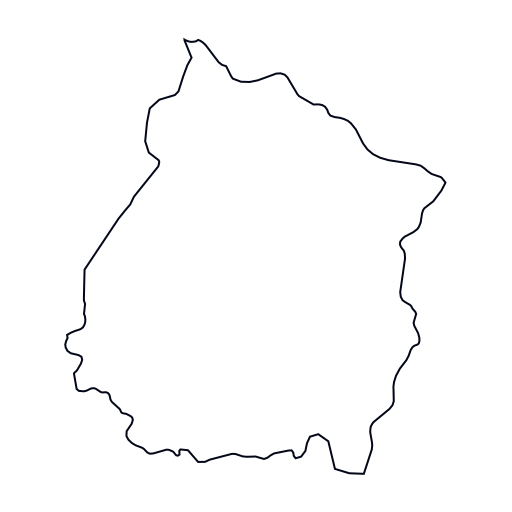 the border of Maule, rotated 95°
{"feature_id": "CHL-2705", "entity_name": "Maule", "entity_type": "Region", "adm_level": 1, "iso_a3": "CHL", "parent_name": "Chile", "parent_adm1": "", "projection": "mercator", "projection_center": [-71.352, -35.623], "detail": "fine", "context": "isolated", "style": "outline", "palette": "ink", "viewbox_px": 512, "rotation_deg": 95, "n_neighbors": 0, "source": "natural_earth", "source_scale": "10m", "svg_char_len": 2929}
<svg xmlns="http://www.w3.org/2000/svg" viewBox="0 0 512 512"><g transform="rotate(95 256 256)"><path d="M463.6,129.6L464.3,144.2L461.2,158.8L434.3,167.8L428.1,178.4L431.3,186.5L438.1,188.9L445.9,189.8L452.0,193.6L454.0,198.9L451.9,200.9L448.5,201.8L446.5,203.6L447.0,206.8L451.1,220.8L453.5,224.3L456.0,227.1L457.5,230.3L455.8,239.0L456.8,247.5L456.8,251.7L455.0,259.4L455.2,262.7L462.9,284.3L465.5,288.8L466.2,295.7L455.4,306.9L455.3,314.4L456.7,315.4L460.5,314.9L461.7,316.4L461.5,318.1L460.3,319.4L458.9,320.6L458.0,321.8L456.7,325.8L456.7,328.2L461.7,341.3L462.2,344.6L461.1,347.3L458.1,350.7L457.0,352.6L455.0,359.6L453.6,362.4L452.8,363.8L450.0,367.2L446.6,369.4L441.8,369.6L433.9,365.2L429.9,364.4L427.7,365.3L426.5,366.8L424.8,370.9L424.5,372.1L424.3,374.8L423.8,376.2L423.0,376.9L421.1,377.9L420.3,378.5L413.9,386.9L411.6,388.5L408.4,389.4L406.8,390.2L405.5,391.4L404.8,393.4L405.0,395.2L405.3,396.9L405.1,398.7L402.2,404.1L401.8,406.0L402.3,408.7L405.0,413.2L405.8,415.7L405.8,420.7L404.1,423.1L388.9,427.1L387.7,426.4L386.7,425.3L385.2,424.2L378.4,421.0L374.6,420.1L371.6,421.1L370.2,424.1L369.0,432.1L367.0,435.5L363.8,437.6L360.8,438.3L357.6,437.8L354.1,436.6L351.0,437.3L350.8,436.9L348.6,433.8L346.3,429.5L345.1,426.4L343.9,424.1L342.2,422.2L340.0,421.1L337.1,420.4L333.8,420.5L330.9,421.2L328.7,422.3L318.6,422.1L315.5,423.5L312.7,423.8L284.5,425.6L230.6,396.1L221.2,389.8L215.7,385.8L207.6,382.8L175.3,361.2L172.4,360.7L171.1,360.6L170.2,360.7L169.0,361.4L162.3,371.8L151.3,376.4L132.5,376.2L118.2,374.7L108.7,365.9L102.7,350.8L98.8,347.6L83.5,344.2L71.9,341.0L64.0,337.5L47.4,346.0L46.7,346.1L47.1,345.4L48.3,340.9L48.3,338.9L47.9,336.5L47.3,334.4L45.8,332.5L46.5,330.2L47.7,327.9L50.0,324.8L66.2,310.1L68.6,306.4L69.5,302.3L79.0,296.5L81.3,294.6L83.7,286.2L83.2,277.5L80.8,269.4L72.5,251.7L71.9,247.3L72.9,243.1L75.4,240.2L91.4,228.7L93.0,227.0L97.2,218.0L100.1,211.8L99.7,208.9L99.5,206.0L99.9,203.1L101.3,200.2L104.1,197.8L107.2,196.4L109.7,194.1L110.8,189.4L111.0,184.5L111.9,180.2L113.3,176.3L115.6,172.9L121.4,167.4L134.5,159.2L140.2,154.2L144.4,148.2L147.3,140.9L149.0,132.3L150.8,104.6L151.7,99.8L154.0,95.9L156.7,92.2L159.0,88.1L161.3,78.7L162.3,77.4L166.3,73.7L166.6,73.7L174.8,77.1L186.1,84.2L193.8,92.5L196.0,93.6L199.1,94.3L208.4,94.9L212.9,96.3L215.2,97.7L218.5,101.3L223.9,109.7L226.0,111.6L229.2,113.6L231.9,113.6L234.2,112.5L236.0,111.0L237.6,109.3L240.7,108.0L245.6,107.3L279.5,109.2L284.0,108.2L287.2,106.2L288.7,103.8L291.2,98.5L292.4,97.0L294.2,95.9L295.3,95.0L297.8,92.4L299.8,91.4L308.8,93.2L311.8,92.2L318.7,87.8L323.4,86.1L326.5,85.8L328.7,86.2L329.6,86.8L330.4,87.9L331.6,90.5L333.3,92.2L336.1,93.7L342.0,95.2L346.6,97.1L355.7,102.9L363.2,106.1L369.5,107.5L374.1,107.7L388.6,106.1L392.7,107.0L396.7,109.7L410.7,123.9L411.5,124.6L413.1,125.6L416.0,126.8L419.0,127.0L421.9,126.8L432.0,124.1L435.0,123.7L438.7,123.8L463.6,129.6Z" fill="none" stroke="#020617" stroke-width="2"/></g></svg>